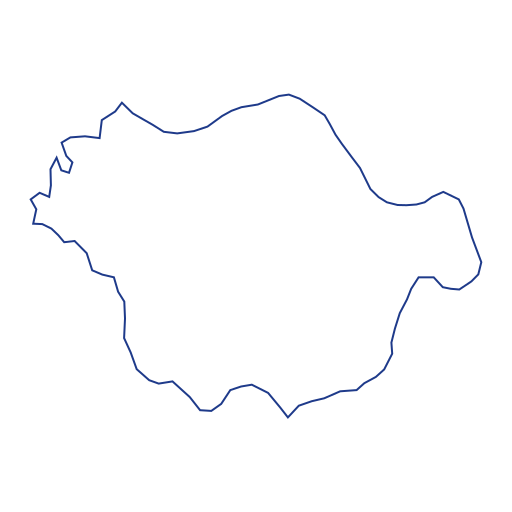 outline of Igaraçu do Tietê, São Paulo, Brazil
{"feature_id": "56859067B58418720963573", "entity_name": "Igaraçu do Tietê", "entity_type": "district", "adm_level": 2, "iso_a3": "BRA", "parent_name": "Brazil", "parent_adm1": "São Paulo", "projection": "equal_earth", "projection_center": [-48.578, -22.543], "detail": "fine", "context": "isolated", "style": "outline", "palette": "blue", "viewbox_px": 512, "rotation_deg": 0, "n_neighbors": 0, "source": "geoboundaries", "source_scale": "gbopen_adm2", "svg_char_len": 1336}
<svg xmlns="http://www.w3.org/2000/svg" viewBox="0 0 512 512"><path d="M64.2,242.2L74.6,241.0L86.7,253.2L92.2,270.3L102.3,274.6L113.9,277.3L118.1,291.7L124.3,301.6L125.0,318.5L124.1,338.1L130.7,352.5L136.7,369.2L149.2,380.2L158.7,383.6L172.5,381.4L189.8,397.1L200.1,410.2L211.3,410.9L221.2,403.9L230.3,390.1L241.1,386.5L251.8,384.7L268.1,392.9L280.2,407.5L287.9,417.4L298.8,405.7L311.8,401.2L324.2,398.3L340.2,391.3L356.6,390.1L364.3,383.2L375.9,376.9L384.2,369.4L392.2,353.7L391.4,342.6L394.9,328.7L399.8,313.1L407.0,299.4L411.2,288.8L418.6,277.3L433.7,277.3L442.8,287.2L450.9,288.8L459.3,289.5L471.4,281.4L478.3,274.4L481.3,262.2L472.0,237.4L463.5,208.6L458.8,199.4L443.3,191.9L432.1,196.9L424.7,202.3L416.4,204.5L406.5,205.2L397.6,205.0L386.9,202.3L378.6,197.1L370.4,189.0L360.0,168.0L351.8,157.2L341.9,143.9L335.5,134.7L329.8,124.1L324.7,115.3L313.0,107.4L299.7,98.7L288.9,94.6L279.0,96.0L257.9,104.5L241.4,107.2L231.5,110.8L222.1,116.0L207.5,126.6L194.0,131.1L177.2,133.4L163.8,131.8L152.7,124.8L143.6,119.6L132.7,113.3L121.9,102.7L115.2,111.5L101.8,120.1L99.6,138.1L85.0,136.3L70.4,137.4L61.6,142.6L66.3,155.9L72.4,162.4L69.0,172.8L61.3,170.3L56.6,157.7L50.5,169.2L50.9,185.4L49.2,196.9L39.6,192.8L30.7,199.4L36.3,209.3L33.2,223.7L42.3,224.1L51.4,228.6L58.3,235.2L64.2,242.2Z" fill="none" stroke="#1e3a8a" stroke-width="2"/></svg>